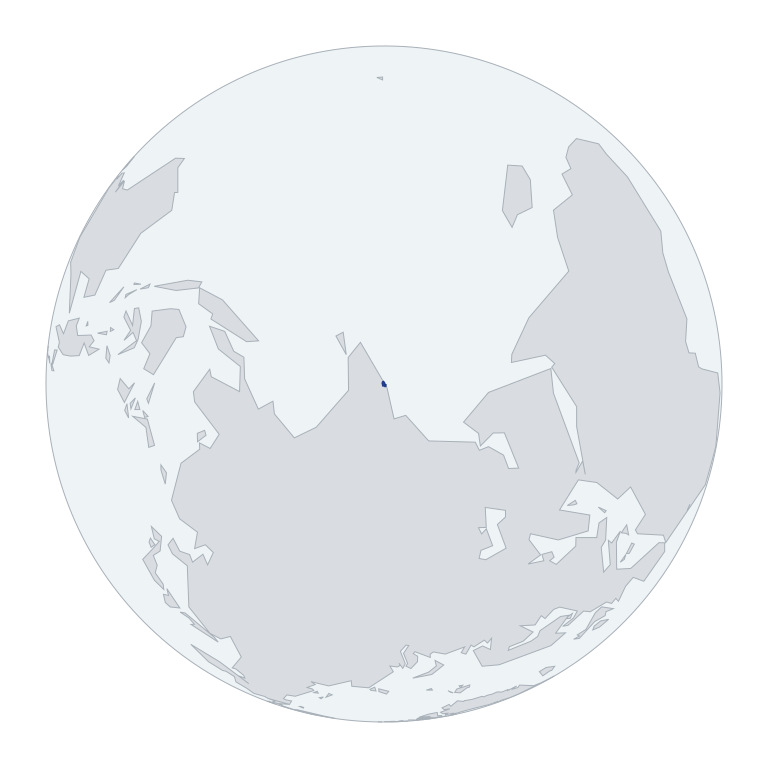 Goa on an orthographic globe, rotated 176°
{"feature_id": "IND-3265", "entity_name": "Goa", "entity_type": "State", "adm_level": 1, "iso_a3": "IND", "parent_name": "India", "parent_adm1": "", "projection": "orthographic", "projection_center": [74.008, 15.335], "detail": "fine", "context": "on_globe", "style": "filled", "palette": "blue", "viewbox_px": 768, "rotation_deg": 176, "n_neighbors": 0, "source": "natural_earth", "source_scale": "10m", "svg_char_len": 10484}
<svg xmlns="http://www.w3.org/2000/svg" viewBox="0 0 768 768"><g transform="rotate(176 384 384)"><circle cx="384" cy="384" r="338" fill="#eef3f6" stroke="#a8b0b8"/><path d="M522.9,75.9L520.7,75.0L514.7,72.4L522.9,75.9ZM502.6,67.6L501.6,67.2L508.9,70.1L507.1,69.8L497.0,65.6L492.8,65.0L467.5,57.1L456.5,54.0L479.8,59.9L502.6,67.6ZM531.5,80.0L531.3,79.9L531.5,80.0ZM521.4,75.6L520.1,75.4L518.9,74.4L521.4,75.6ZM517.7,74.6L514.6,75.3L521.4,78.3L500.6,71.0L510.1,72.3L507.5,70.3L512.9,72.8L517.7,74.6ZM489.6,67.4L486.7,67.0L487.0,66.3L489.6,67.4ZM413.4,47.4L413.7,47.4L409.4,47.0L413.4,47.4ZM340.9,48.8L343.7,48.5L334.5,49.7L337.9,49.2L340.9,48.8ZM365.6,46.6L367.9,46.5L370.0,46.4L367.8,46.5L365.6,46.6ZM396.2,46.3L392.7,46.2L401.5,46.6L396.9,46.5L388.5,46.1L390.2,46.3L388.8,46.4L383.6,46.1L396.2,46.3ZM371.9,46.7L359.7,47.1L348.9,48.2L345.3,48.5L363.3,46.7L371.9,46.7ZM379.2,46.3L373.9,46.5L372.0,46.4L374.5,46.2L379.2,46.3ZM396.8,46.8L406.0,47.0L407.5,47.1L396.8,46.8ZM369.2,46.9L372.2,46.9L368.6,47.0L369.2,46.9ZM388.7,46.7L391.8,46.6L393.4,46.7L388.7,46.7ZM375.6,47.1L371.7,47.1L373.3,46.8L375.6,47.1ZM381.9,46.9L383.5,47.2L376.2,46.7L383.0,46.8L381.9,46.9ZM389.8,46.9L391.7,46.9L388.3,46.9L389.8,46.9ZM371.9,48.7L362.4,48.2L365.9,47.4L374.7,47.8L371.9,48.7ZM49.4,351.7L57.3,298.7L62.8,282.5L70.5,261.1L114.0,206.2L115.8,213.7L141.5,216.9L143.4,220.9L132.3,235.7L145.2,264.1L158.9,253.0L178.6,270.9L196.8,274.8L217.7,246.1L187.8,238.9L190.6,223.2L221.0,216.3L248.3,224.4L250.2,218.6L239.7,202.6L252.8,194.4L236.9,196.5L238.3,203.0L228.3,205.0L226.4,199.3L231.1,196.2L224.8,192.0L204.0,208.9L203.2,217.4L182.5,216.0L179.2,230.4L171.1,235.3L173.8,212.9L178.7,205.9L178.0,181.0L170.9,188.0L171.1,212.4L168.0,209.5L158.4,220.8L163.2,210.0L164.8,183.0L150.7,182.8L120.8,206.5L115.1,206.0L115.7,197.3L138.6,169.1L148.9,173.7L157.1,165.4L165.3,150.9L167.7,154.0L172.3,149.2L177.2,151.0L194.2,142.4L200.7,143.6L217.1,130.5L222.6,129.8L211.3,137.4L207.0,144.1L224.3,149.2L230.5,147.3L239.7,138.8L243.3,141.9L250.1,133.1L264.9,133.3L252.6,126.2L263.1,117.7L277.3,113.2L278.6,109.6L255.5,117.1L248.3,121.4L245.6,127.0L224.0,139.8L215.9,140.4L230.2,123.4L220.3,123.1L235.7,111.4L288.7,95.9L305.8,95.6L313.5,111.8L303.9,115.8L296.4,111.7L294.4,122.9L298.8,118.4L301.8,121.5L312.7,115.5L315.3,117.5L321.2,108.8L325.7,110.6L321.9,116.1L341.7,110.3L353.6,113.3L356.8,111.2L356.9,108.0L371.9,114.8L373.6,113.0L369.4,110.0L370.0,104.6L377.0,98.3L381.8,101.0L379.9,103.6L383.3,113.9L377.5,121.4L380.2,122.0L386.3,116.2L382.3,103.5L385.1,99.0L388.5,104.4L387.5,102.1L390.4,100.8L397.8,102.3L394.8,96.3L420.4,82.0L437.2,84.7L437.4,90.3L460.3,86.7L477.6,92.2L473.6,89.0L481.9,86.6L476.6,84.7L475.4,83.1L494.3,78.7L502.5,80.6L506.2,77.2L504.2,75.9L498.3,74.2L500.6,71.0L521.4,78.3L525.0,80.7L535.5,84.5L542.2,90.1L552.5,97.2L553.6,102.5L561.7,108.5L565.0,109.5L578.4,119.2L594.9,137.8L567.3,118.3L539.8,94.5L549.8,103.2L543.3,100.3L544.3,103.2L551.7,110.1L555.2,111.4L545.4,121.6L554.9,142.9L564.5,141.1L575.0,147.4L594.2,175.2L592.9,216.4L606.9,229.4L610.7,238.6L605.2,244.8L599.4,231.5L589.8,227.4L587.4,219.6L576.5,226.8L572.6,215.9L566.0,227.8L573.4,236.1L584.4,233.0L580.4,249.2L597.3,263.8L604.1,282.9L592.0,319.1L572.4,331.8L572.2,338.1L561.9,331.8L551.9,345.3L574.1,379.3L574.7,389.6L556.8,410.9L555.8,403.3L528.6,386.5L526.1,411.5L546.8,430.5L554.0,453.8L539.2,447.6L531.6,427.1L521.9,420.5L522.7,398.9L511.1,367.7L496.0,374.6L495.4,361.8L477.2,336.5L454.6,345.6L419.8,380.2L417.9,412.9L404.6,427.2L381.3,380.1L376.4,348.5L364.5,351.2L343.4,324.1L297.0,319.6L293.5,311.2L284.1,314.2L269.7,304.7L265.6,291.0L255.5,290.7L267.3,326.9L278.5,327.5L292.2,315.4L293.1,328.1L307.3,340.4L280.3,368.3L216.5,387.8L215.6,363.0L194.8,291.7L198.4,284.7L198.6,283.9L198.7,282.4L191.2,293.3L189.5,279.8L194.8,328.0L193.4,348.0L215.5,389.1L212.2,392.5L220.9,401.5L255.4,396.6L254.4,404.7L234.9,439.9L191.8,483.7L200.6,518.1L202.8,545.6L182.9,559.5L191.8,581.0L182.5,585.8L186.7,597.4L183.3,607.6L174.9,615.4L153.1,608.6L146.1,597.8L126.7,573.6L97.2,517.2L96.7,495.2L92.4,475.7L77.3,427.8L80.2,405.3L77.6,393.8L71.3,393.0L69.0,379.2L65.8,376.9L50.3,371.7L49.4,351.7ZM90.4,236.8L87.2,242.8L90.4,236.8ZM271.6,249.5L291.6,253.8L292.0,233.8L299.8,234.1L297.1,227.6L292.0,232.4L286.9,215.1L298.9,211.3L301.3,203.3L294.7,201.6L273.6,211.7L280.7,235.9L272.1,242.8L271.6,249.5ZM192.9,124.1L191.2,127.8L184.4,132.5L176.3,133.6L186.0,126.5L192.9,124.1ZM190.4,132.3L206.9,116.6L212.6,116.2L206.6,118.9L208.7,120.2L199.7,125.1L189.1,141.1L182.4,146.5L170.9,143.9L178.4,141.4L179.6,137.5L190.4,132.3ZM238.7,86.2L245.9,81.8L249.1,86.2L242.0,89.9L233.4,90.5L236.7,86.6L238.7,86.2ZM352.1,47.6L351.5,47.6L351.3,47.7L352.1,47.6ZM346.8,48.1L346.0,48.2L344.2,48.4L346.8,48.1ZM336.8,49.4L336.7,49.4L336.0,49.5L336.8,49.4ZM271.0,65.6L280.7,62.3L288.9,60.4L292.1,59.1L297.0,58.0L292.4,59.5L302.3,56.7L305.1,56.3L321.8,53.3L334.5,50.6L340.9,49.9L337.3,50.9L346.2,49.6L343.8,51.1L348.3,50.9L350.5,52.6L340.9,55.4L346.7,54.9L348.7,56.9L341.4,59.8L339.9,57.8L332.9,62.8L326.5,61.8L326.1,62.5L318.2,63.2L308.0,65.6L306.2,64.9L303.0,66.2L297.7,67.1L292.7,68.9L287.8,68.5L281.2,70.7L282.6,69.3L272.7,73.5L277.9,70.4L271.5,71.9L269.8,74.2L255.6,72.6L245.6,75.9L234.4,81.0L237.4,79.5L271.0,65.6ZM372.1,49.2L362.2,51.6L353.8,52.6L353.6,49.3L349.8,49.3L349.3,48.3L361.5,47.1L360.5,47.4L362.4,47.5L357.9,47.8L362.9,47.7L361.7,48.3L365.3,48.5L361.1,49.1L372.1,49.2ZM150.5,216.4L152.9,218.1L157.7,219.0L151.7,226.6L150.5,216.4ZM151.1,198.0L154.0,197.9L147.9,208.1L145.5,206.8L151.1,198.0ZM160.8,189.7L154.6,197.1L156.5,192.3L160.8,189.7ZM214.5,137.3L218.2,137.1L216.6,139.3L212.1,142.0L214.5,137.3ZM319.4,77.8L319.9,75.7L322.3,75.2L329.6,70.6L335.0,71.4L332.7,74.6L319.4,77.8ZM209.6,250.0L201.3,254.6L199.9,251.1L203.0,250.2L209.6,250.0ZM172.8,240.2L178.8,246.2L171.2,242.2L172.8,240.2ZM326.5,78.0L328.9,75.8L330.1,77.7L326.5,78.0ZM339.3,71.9L341.6,73.6L336.5,71.0L339.3,71.9ZM364.2,687.4L369.8,690.3L364.0,690.3L364.2,687.4ZM253.8,548.7L245.3,593.7L231.0,591.8L223.8,577.6L223.9,549.7L239.1,543.6L245.3,531.3L253.8,548.7ZM619.5,500.5L626.5,500.7L626.0,502.2L619.5,500.5ZM612.3,496.5L620.7,495.7L610.5,500.0L612.3,496.5ZM623.9,495.4L632.4,491.1L636.1,488.1L635.2,491.3L623.9,495.4ZM606.4,497.5L572.5,501.2L558.6,498.6L562.3,492.8L584.9,491.8L606.4,497.5ZM561.2,492.8L539.3,479.2L506.1,435.8L518.1,435.8L552.1,460.9L550.0,465.9L563.3,477.0L561.2,492.8ZM612.4,458.3L610.2,472.9L591.9,474.0L583.4,472.7L577.5,454.9L580.9,445.2L588.0,444.7L613.3,409.4L622.6,416.0L615.4,430.5L622.9,442.1L612.4,458.3ZM419.6,415.9L428.6,435.2L421.1,438.5L419.6,415.9ZM621.7,385.7L612.7,401.1L620.3,381.2L621.7,385.7ZM625.1,367.4L626.5,374.4L621.6,368.1L625.1,367.4ZM573.7,347.8L566.2,350.3L565.1,345.3L574.0,339.4L573.7,347.8ZM609.2,299.4L612.5,313.8L612.2,318.9L607.2,310.6L609.2,299.4ZM375.8,88.6L359.5,93.5L351.4,99.1L352.4,104.7L344.0,99.5L356.6,90.9L375.8,88.6ZM414.4,82.2L413.4,78.3L418.4,79.3L419.3,80.4L414.4,82.2ZM410.5,80.3L400.7,77.1L403.2,74.5L410.5,77.5L410.5,80.3ZM363.1,75.7L357.9,76.9L357.1,75.3L363.1,75.7ZM617.0,628.5L625.8,618.9L630.0,615.6L620.6,625.2L617.0,628.5ZM626.5,595.4L576.2,623.8L567.4,622.9L574.6,614.1L576.3,589.5L579.6,589.6L583.6,572.1L616.1,551.3L641.0,517.8L653.4,516.9L666.2,492.9L677.3,491.4L670.8,509.5L678.5,517.5L693.0,476.5L688.6,515.5L688.1,527.2L677.1,551.8L644.4,599.2L634.1,610.3L636.2,607.1L630.8,612.5L628.4,612.7L635.1,600.1L629.5,605.5L638.6,594.1L628.7,604.8L631.2,597.0L626.5,595.4ZM636.7,499.1L647.2,486.3L652.1,484.4L636.7,499.1ZM716.4,444.7L716.2,445.3L716.6,443.0L716.4,444.7ZM716.8,442.3L717.3,439.5L717.8,436.4L716.9,442.1L716.8,442.3ZM717.5,434.2L717.3,438.7L717.4,435.0L717.5,434.2ZM717.0,435.7L716.7,434.0L716.8,433.0L717.0,435.7ZM704.9,448.1L707.2,464.1L703.6,465.7L700.2,456.5L694.5,469.0L683.4,471.0L686.9,463.5L686.2,453.7L672.8,453.3L670.2,447.4L675.5,441.7L665.8,438.6L676.6,433.1L680.3,445.8L686.1,433.6L694.7,433.7L702.0,435.6L706.4,443.6L704.9,448.1ZM675.3,463.2L677.0,462.7L675.1,467.2L675.3,463.2ZM716.0,427.9L716.5,433.5L716.2,435.2L715.7,434.7L716.0,427.9ZM707.7,440.7L713.1,426.9L714.0,426.5L710.2,441.0L707.7,440.7ZM712.4,420.2L714.3,420.6L714.8,426.4L714.4,428.3L712.4,420.2ZM653.4,455.5L652.8,459.4L649.8,457.0L653.4,455.5ZM657.5,452.5L666.2,454.7L656.5,455.9L657.5,452.5ZM627.8,444.5L630.8,453.0L640.3,445.7L633.0,455.2L638.8,468.9L636.3,474.8L630.7,459.9L627.7,476.7L623.4,477.1L621.7,463.3L626.3,445.4L630.6,437.6L647.4,431.9L627.8,444.5ZM657.7,441.5L655.2,431.5L656.9,424.2L659.7,429.2L657.7,441.5ZM646.8,407.8L638.9,397.0L632.8,402.6L644.3,383.7L650.1,397.2L646.8,407.8ZM638.6,382.4L633.0,387.5L638.2,376.8L638.6,382.4ZM630.9,383.8L629.3,375.5L634.3,375.9L630.9,383.8ZM641.8,382.3L641.1,367.9L644.5,375.8L641.8,382.3ZM624.5,357.3L636.9,369.3L622.5,365.5L617.2,338.7L623.1,337.2L624.5,357.3ZM627.8,246.6L623.8,239.7L627.7,237.3L629.4,242.7L627.8,246.6ZM636.9,225.9L627.5,234.5L619.2,242.7L623.9,245.5L626.0,258.1L616.5,247.5L619.0,233.0L626.1,229.1L622.9,219.1L625.4,211.6L618.3,199.8L618.0,194.4L626.7,204.2L636.9,225.9ZM614.9,195.0L603.3,174.8L612.8,176.5L617.4,181.3L618.7,189.6L613.7,188.1L614.9,195.0ZM603.3,170.7L598.3,169.4L570.8,143.0L567.4,138.1L593.3,157.6L589.9,157.6L595.0,164.3L603.3,170.7ZM489.9,68.3L487.0,67.1L490.7,68.1L489.9,68.3ZM472.2,82.2L471.1,80.2L475.5,81.0L472.2,82.2ZM470.4,75.6L466.3,76.0L468.7,74.4L470.4,75.6ZM457.4,77.5L463.7,75.6L460.6,79.2L457.4,77.5Z" fill="#d9dde1" stroke="#a8b0b8" stroke-width="1"/><path d="M384.5,386.6L384.4,386.6L384.2,386.4L384.2,386.1L384.0,385.9L383.9,385.9L383.8,385.6L383.7,385.6L383.5,385.3L383.6,385.2L383.3,384.0L383.3,383.9L383.2,383.9L382.9,383.8L382.7,383.6L383.0,383.6L383.3,383.6L383.6,383.6L383.7,383.8L383.8,383.8L383.7,383.7L383.3,383.4L383.2,383.4L382.9,383.3L382.8,383.2L383.0,383.0L383.2,382.9L382.8,383.0L382.7,383.1L382.6,382.8L382.5,382.7L382.4,382.5L382.5,382.4L382.6,382.2L383.0,382.1L382.8,382.1L382.7,382.1L382.4,382.3L382.3,382.2L382.2,382.1L382.2,381.9L382.3,381.7L382.6,381.6L382.8,381.6L382.9,381.4L383.0,381.4L383.0,381.5L383.3,381.6L383.5,381.8L383.5,382.1L383.7,382.3L383.8,382.4L384.0,382.3L384.3,382.2L384.5,382.2L384.8,382.2L385.0,382.1L385.2,382.3L385.3,382.3L385.3,382.5L385.4,382.8L385.4,383.0L385.3,383.3L385.4,383.5L385.5,383.8L385.6,384.0L385.7,384.3L385.4,384.5L385.5,384.7L385.6,384.8L385.6,385.0L385.5,385.3L385.4,385.3L385.4,385.5L385.5,385.7L385.5,385.8L385.4,385.9L385.4,386.0L385.2,386.3L384.9,386.4L384.7,386.5L384.5,386.6Z" fill="#3b82f6" stroke="#1e3a8a" stroke-width="1.5"/></g></svg>